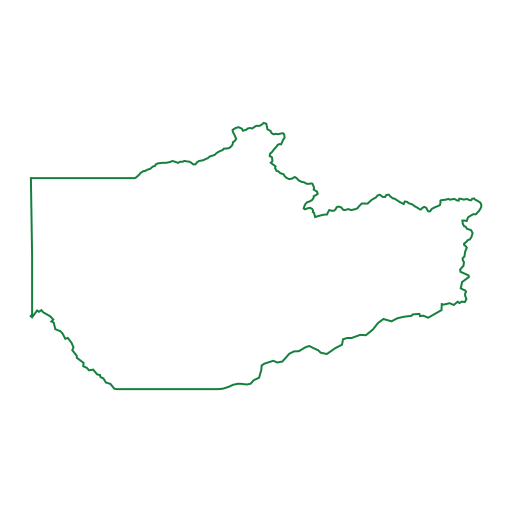 outline of Fairbanks North Star, Alaska, United States of America
{"feature_id": "52423323B17586964503770", "entity_name": "Fairbanks North Star", "entity_type": "district", "adm_level": 2, "iso_a3": "USA", "parent_name": "United States of America", "parent_adm1": "Alaska", "projection": "mercator", "projection_center": [-145.777, 64.855], "detail": "fine", "context": "isolated", "style": "outline", "palette": "green", "viewbox_px": 512, "rotation_deg": 0, "n_neighbors": 0, "source": "geoboundaries", "source_scale": "gbopen_adm2", "svg_char_len": 4426}
<svg xmlns="http://www.w3.org/2000/svg" viewBox="0 0 512 512"><path d="M465.1,295.6L465.1,293.6L466.1,291.7L465.1,290.4L463.1,289.6L460.7,288.3L461.3,285.8L462.1,282.0L464.2,280.5L468.9,277.0L468.5,275.4L463.7,273.2L460.5,271.8L460.1,269.6L462.1,267.2L463.4,266.1L463.7,263.9L464.0,262.4L462.7,259.9L462.7,258.0L464.4,256.6L464.8,253.8L465.2,251.5L465.9,249.8L466.8,247.8L465.7,246.1L464.1,244.9L464.1,243.6L466.6,241.7L467.5,240.3L469.8,239.4L471.3,237.3L472.6,233.2L471.2,230.3L468.7,229.3L467.0,228.8L465.6,226.7L464.0,226.1L462.8,223.8L462.4,220.6L464.1,220.5L466.7,221.0L468.0,217.4L470.4,215.8L473.3,214.2L475.8,214.3L477.1,212.9L479.1,210.8L480.0,209.4L481.3,206.9L481.2,204.3L480.1,202.4L477.2,200.7L474.9,199.5L474.2,198.5L472.2,198.7L471.3,200.2L469.6,200.2L467.0,199.0L463.6,199.6L461.3,198.9L459.3,198.7L458.7,200.6L457.5,200.6L454.3,198.9L449.8,199.7L448.4,198.9L445.8,199.7L441.1,200.2L440.3,201.1L440.5,202.7L439.9,205.1L437.9,206.1L435.7,206.9L431.9,208.8L430.1,211.3L428.1,211.3L426.1,207.7L424.1,206.9L422.1,208.1L421.2,209.3L420.1,209.5L416.9,207.4L414.6,206.2L412.1,204.3L408.6,203.2L407.3,201.9L404.7,201.5L403.7,204.0L399.7,202.0L394.5,198.6L392.8,198.4L390.3,196.4L388.7,194.6L386.2,195.1L385.1,197.0L382.7,196.9L379.7,194.7L377.4,195.6L376.1,197.3L371.6,199.9L369.2,202.1L367.6,203.6L361.8,203.5L358.9,206.4L357.5,208.3L355.1,209.2L351.1,210.1L348.5,209.1L347.0,209.5L344.8,210.0L343.3,209.9L341.1,207.3L338.8,206.6L336.7,207.1L335.6,209.3L334.1,210.7L332.0,210.8L329.2,210.1L327.7,212.9L327.0,214.5L324.5,214.6L322.8,214.9L320.3,215.5L317.7,216.2L315.2,217.1L314.0,212.8L312.9,212.1L313.1,210.5L312.0,208.8L310.0,207.8L308.3,208.1L305.0,209.3L303.7,208.5L304.4,206.1L305.5,203.9L307.0,202.3L309.7,201.4L312.1,200.0L313.6,197.9L313.7,196.2L316.2,195.0L317.7,193.8L317.0,191.6L313.7,189.6L314.1,187.8L313.1,185.4L312.4,183.7L311.0,183.4L309.4,183.8L306.7,183.8L304.1,182.3L302.0,182.0L298.8,180.5L296.6,178.1L294.7,177.0L291.8,178.7L289.0,179.1L286.4,177.8L284.8,176.3L283.6,174.3L280.2,173.1L278.5,171.4L276.7,171.0L275.0,168.1L275.6,166.4L270.8,162.8L272.4,161.2L272.1,157.9L271.5,156.8L269.8,156.3L269.9,153.9L272.0,152.0L274.3,149.0L276.3,146.8L277.7,144.9L279.4,144.1L281.2,144.3L282.1,142.1L283.2,139.7L284.6,137.7L284.2,134.5L283.2,133.3L281.4,133.4L278.2,134.2L275.4,133.9L273.6,134.3L271.6,133.1L270.4,130.8L267.5,129.4L267.0,127.1L266.3,123.8L263.7,122.9L262.1,124.3L259.6,125.9L256.4,125.8L254.0,127.2L252.3,128.5L250.2,128.0L247.9,128.4L246.1,129.8L242.9,130.7L241.9,128.7L238.6,127.2L235.6,128.0L232.6,129.9L232.9,132.0L234.5,134.9L235.3,136.9L236.2,139.0L234.5,141.2L233.0,142.1L232.6,144.4L231.3,146.4L229.0,148.1L226.7,148.5L223.7,148.7L222.6,150.1L220.7,150.8L218.0,152.1L216.0,153.6L214.5,155.0L211.3,156.0L209.8,156.5L207.7,158.2L206.0,158.9L204.0,159.9L202.4,160.4L199.0,161.0L197.1,162.2L195.5,164.3L193.3,164.4L192.0,163.4L189.9,161.8L186.8,161.4L184.3,160.9L182.9,161.7L179.8,161.8L178.2,162.9L175.5,161.9L172.3,161.0L170.4,161.9L167.0,162.7L165.4,162.8L162.9,162.8L160.4,163.1L158.1,163.3L155.9,164.3L154.9,166.0L152.9,166.5L151.4,167.8L150.1,168.9L147.6,169.6L145.2,170.9L143.5,171.1L140.5,173.0L139.1,174.8L136.3,177.3L134.9,178.1L129.2,178.1L123.4,178.1L118.0,178.1L107.9,178.1L95.4,178.1L85.3,178.1L83.5,178.1L30.9,178.1L32.1,255.7L32.1,294.6L32.1,314.6L30.7,316.1L32.1,317.3L37.1,310.5L38.8,311.8L41.4,310.2L43.2,312.3L50.2,316.3L53.3,319.6L51.4,321.5L53.7,322.5L55.3,329.2L60.3,331.2L62.5,333.4L65.3,338.8L67.8,337.9L71.5,342.8L73.5,347.3L72.3,350.2L76.8,355.8L76.8,357.8L83.6,362.9L83.2,366.2L86.8,367.8L89.0,370.3L93.1,369.6L97.3,374.5L100.0,375.0L100.5,377.1L103.4,378.4L105.9,382.5L110.4,383.9L114.3,388.7L116.2,389.1L188.0,389.1L218.5,389.1L222.9,388.7L228.5,386.9L233.4,384.7L237.8,383.8L240.8,383.8L246.9,384.5L250.6,383.7L253.8,380.2L259.1,377.7L261.3,370.0L261.7,365.4L264.5,363.6L269.2,362.1L273.2,360.8L277.4,362.5L282.4,361.5L285.8,357.7L289.2,353.8L294.0,351.4L298.9,351.2L305.4,347.3L309.2,346.0L313.6,348.2L318.1,350.2L320.7,352.7L326.8,354.0L335.4,348.1L342.0,344.7L343.0,339.3L347.1,338.0L351.6,338.0L360.1,334.9L365.9,335.2L372.9,329.5L378.0,323.0L383.4,319.0L391.5,321.3L397.5,318.2L403.7,316.8L411.4,315.8L412.9,314.4L419.4,313.9L420.0,316.1L423.3,315.7L428.2,317.7L441.5,310.1L441.8,304.1L443.7,304.6L449.7,303.2L453.7,305.0L457.7,301.7L459.4,303.1L461.8,301.6L464.8,302.1L466.4,299.1L465.1,295.6Z" fill="none" stroke="#15803d" stroke-width="2"/></svg>